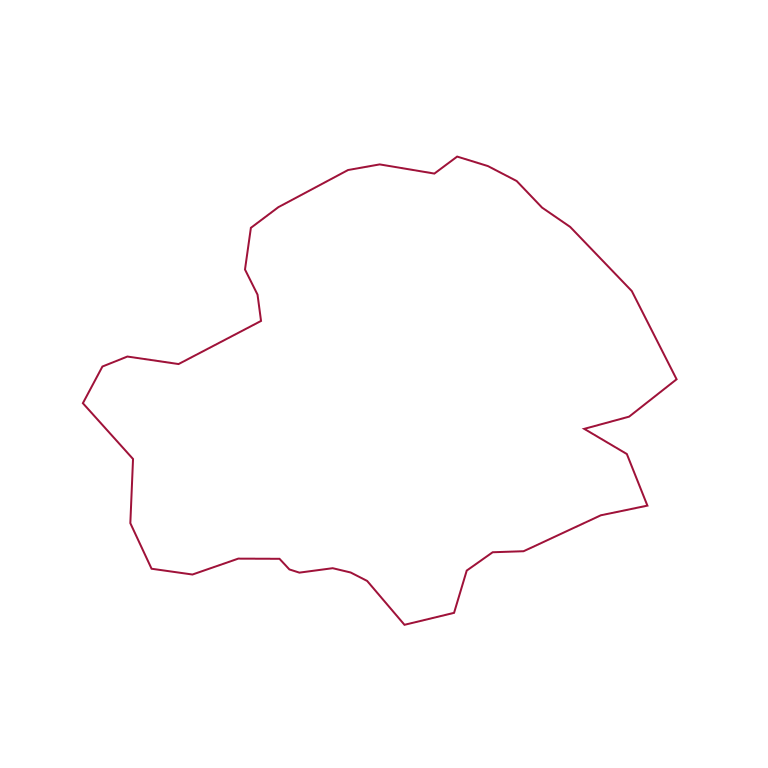 the District of Călărași, rotated 195°
{"feature_id": "MDA-1632", "entity_name": "Călărași", "entity_type": "District", "adm_level": 1, "iso_a3": "MDA", "parent_name": "Moldova", "parent_adm1": "", "projection": "orthographic", "projection_center": [28.345, 47.299], "detail": "fine", "context": "isolated", "style": "outline", "palette": "rose", "viewbox_px": 768, "rotation_deg": 195, "n_neighbors": 0, "source": "natural_earth", "source_scale": "10m", "svg_char_len": 657}
<svg xmlns="http://www.w3.org/2000/svg" viewBox="0 0 768 768"><g transform="rotate(195 384 384)"><path d="M660.5,328.0L639.0,344.1L587.6,350.1L519.1,413.1L529.3,437.6L547.9,458.6L553.0,500.4L531.7,527.6L474.1,581.4L445.0,595.0L389.8,600.3L372.2,622.6L340.1,621.4L308.4,614.4L277.0,595.3L244.8,583.9L168.7,537.9L102.6,464.3L138.8,415.9L179.0,392.5L131.3,379.2L98.1,334.7L140.6,313.3L205.9,258.6L235.5,249.6L255.8,225.2L257.1,181.1L301.9,156.7L349.3,189.4L367.4,193.3L385.9,192.8L416.9,179.9L427.4,180.4L439.7,188.1L479.6,177.6L519.7,150.4L560.7,145.4L593.0,183.9L607.0,246.6L669.9,287.5L660.5,328.0Z" fill="none" stroke="#9f1239" stroke-width="2"/></g></svg>